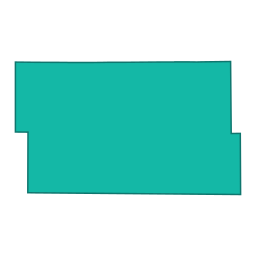 the district of Worth, Missouri, United States of America
{"feature_id": "52423323B70407326192620", "entity_name": "Worth", "entity_type": "district", "adm_level": 2, "iso_a3": "USA", "parent_name": "United States of America", "parent_adm1": "Missouri", "projection": "albers", "projection_center": [-94.445, 40.478], "detail": "fine", "context": "isolated", "style": "filled", "palette": "teal", "viewbox_px": 256, "rotation_deg": 0, "n_neighbors": 0, "source": "geoboundaries", "source_scale": "gbopen_adm2", "svg_char_len": 434}
<svg xmlns="http://www.w3.org/2000/svg" viewBox="0 0 256 256"><path d="M15.4,62.1L15.4,132.0L28.0,132.1L27.8,192.7L33.3,192.8L240.6,194.5L240.3,133.4L231.2,133.5L230.6,61.5L201.0,61.9L196.9,62.0L188.4,61.9L180.8,61.9L174.5,61.9L174.4,62.0L162.8,62.0L124.3,62.3L108.0,62.3L102.3,62.4L102.0,62.4L92.3,62.5L68.3,62.5L66.6,62.4L65.9,62.4L64.0,62.4L63.8,62.4L35.9,62.3L15.4,62.1Z" fill="#14b8a6" stroke="#0f766e" stroke-width="1.5"/></svg>